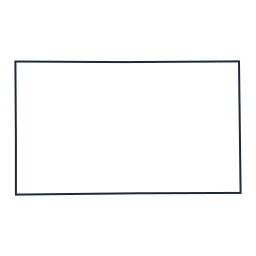 outline of Gillespie, Texas, United States of America
{"feature_id": "52423323B49995715327400", "entity_name": "Gillespie", "entity_type": "district", "adm_level": 2, "iso_a3": "USA", "parent_name": "United States of America", "parent_adm1": "Texas", "projection": "albers", "projection_center": [-98.986, 30.317], "detail": "fine", "context": "isolated", "style": "outline", "palette": "slate", "viewbox_px": 256, "rotation_deg": 0, "n_neighbors": 0, "source": "geoboundaries", "source_scale": "gbopen_adm2", "svg_char_len": 217}
<svg xmlns="http://www.w3.org/2000/svg" viewBox="0 0 256 256"><path d="M135.9,193.3L240.6,192.9L239.0,61.4L122.0,62.1L15.4,61.5L15.9,139.1L15.9,194.6L135.9,193.3Z" fill="none" stroke="#1e293b" stroke-width="2"/></svg>